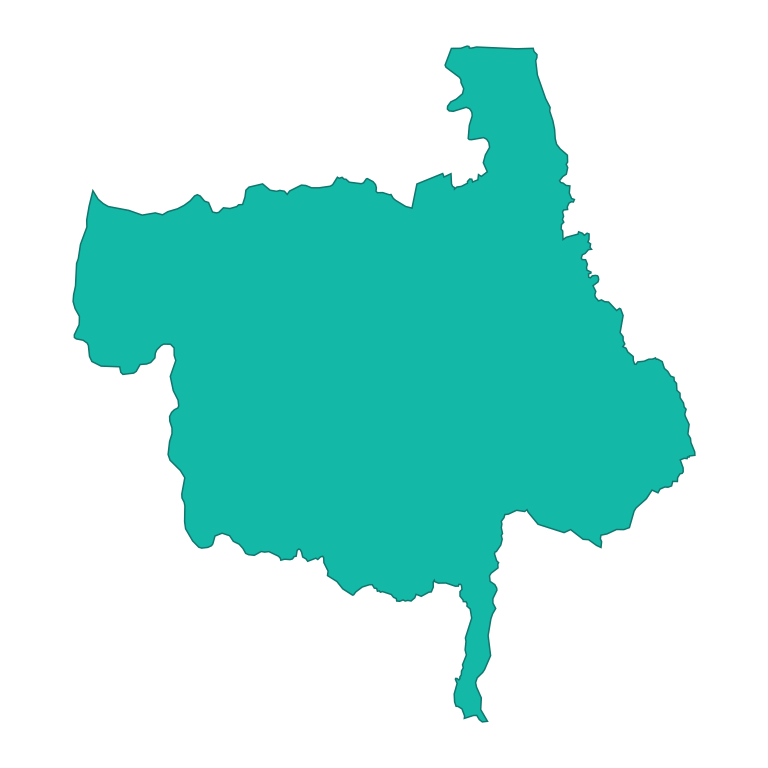 outline of Mueang Chiang Mai, Chiang Mai, Thailand
{"feature_id": "78962969B21056677706601", "entity_name": "Mueang Chiang Mai", "entity_type": "district", "adm_level": 2, "iso_a3": "THA", "parent_name": "Thailand", "parent_adm1": "Chiang Mai", "projection": "robinson", "projection_center": [98.982, 18.787], "detail": "fine", "context": "isolated", "style": "filled", "palette": "teal", "viewbox_px": 768, "rotation_deg": 0, "n_neighbors": 0, "source": "geoboundaries", "source_scale": "gbopen_adm2", "svg_char_len": 6086}
<svg xmlns="http://www.w3.org/2000/svg" viewBox="0 0 768 768"><path d="M487.5,721.3L480.7,709.6L481.3,697.9L476.5,687.1L475.6,682.6L477.2,677.8L482.8,672.3L484.6,669.5L490.6,655.6L488.1,635.6L490.9,618.8L492.6,613.8L495.7,608.5L492.9,603.1L492.9,598.6L496.9,590.3L496.7,588.1L494.8,584.6L490.1,581.4L489.5,575.8L491.1,573.2L498.0,567.9L497.8,564.1L498.6,562.7L496.6,560.7L494.5,553.9L495.1,551.9L496.4,551.5L500.8,545.0L502.2,539.2L501.3,535.5L502.5,533.5L501.3,527.7L501.9,524.1L501.3,521.3L504.0,517.7L504.8,514.6L508.4,514.1L516.6,510.3L524.7,511.5L527.0,509.7L528.2,512.3L538.1,524.3L564.1,532.6L570.6,529.6L583.1,539.3L588.6,539.7L596.5,545.4L601.0,547.5L601.6,541.7L600.4,538.9L600.9,535.2L607.1,533.9L616.5,529.5L623.9,529.6L629.4,527.6L634.1,511.1L636.1,507.9L646.4,498.7L652.0,490.1L658.0,492.8L660.0,489.1L664.8,487.0L668.1,487.2L671.6,485.9L672.7,481.4L677.4,481.5L677.6,477.7L678.8,475.7L679.9,473.9L682.2,473.3L683.2,471.9L683.1,467.8L680.2,459.9L684.1,458.3L687.1,458.6L687.5,457.0L689.1,457.1L689.3,456.0L694.9,455.3L694.7,451.9L690.9,442.5L690.5,438.4L687.9,434.1L689.1,424.4L685.2,416.1L684.8,414.0L686.1,409.2L684.2,407.1L683.5,403.0L680.1,397.7L680.0,393.2L676.9,390.3L676.5,383.4L674.2,380.8L674.0,377.4L670.6,376.1L667.7,371.3L664.4,368.5L662.2,361.6L657.6,359.1L656.3,359.3L655.5,357.9L652.5,359.1L648.7,359.2L644.2,361.2L637.7,361.9L636.0,364.3L634.6,364.1L633.3,360.5L633.2,356.5L627.7,351.9L626.0,348.2L622.8,346.7L624.8,344.0L623.1,340.5L623.1,336.7L620.1,332.6L623.1,315.6L620.7,309.0L619.5,308.4L616.6,310.5L608.6,302.0L604.7,301.7L601.5,299.9L598.5,300.9L595.3,297.1L594.8,294.7L595.8,291.4L593.0,285.7L598.0,281.9L598.7,279.5L598.3,277.1L597.5,275.8L595.5,275.4L592.3,275.8L590.5,277.8L588.7,277.3L588.5,274.0L590.9,273.1L591.0,272.1L586.9,270.1L586.5,267.3L587.4,264.2L585.6,259.7L582.2,259.6L581.3,258.1L582.3,254.8L585.2,253.4L588.5,249.6L591.5,249.3L590.0,247.3L590.6,243.9L587.9,242.0L589.0,239.4L589.1,234.0L587.1,233.2L584.3,235.3L582.5,233.3L578.6,231.8L578.0,234.1L566.2,237.3L563.0,239.6L562.7,231.0L561.1,229.0L561.5,224.5L563.8,222.2L562.4,219.4L563.6,216.3L562.5,212.0L563.6,210.0L567.6,209.5L567.3,206.8L569.0,203.1L571.3,201.8L573.4,202.0L574.4,199.5L571.6,198.5L569.3,193.0L569.9,185.9L566.0,185.4L563.1,183.1L560.7,182.5L559.5,180.7L562.8,176.5L566.3,174.2L567.7,167.6L566.2,164.2L567.6,162.1L567.4,155.2L560.1,148.8L556.6,144.3L555.2,138.6L554.6,129.4L552.9,120.9L549.7,111.1L550.1,107.4L545.6,98.6L537.4,75.1L535.7,60.6L536.9,57.7L537.0,54.6L534.0,51.5L533.2,48.3L516.8,48.8L476.5,47.0L471.5,48.1L469.3,48.0L469.0,46.5L467.1,46.1L460.8,48.3L451.4,48.4L445.1,65.1L446.0,67.3L459.4,77.3L460.9,79.6L461.0,82.6L463.7,88.7L462.5,93.8L456.1,99.3L450.8,101.9L447.6,106.2L447.4,109.1L449.2,110.9L453.3,111.3L466.2,107.3L469.5,108.7L470.8,110.4L471.9,112.5L472.2,115.9L469.3,125.5L468.2,138.5L469.2,139.5L471.5,139.7L483.6,137.6L486.7,139.3L488.8,142.4L489.6,147.4L485.4,154.9L483.3,162.7L487.3,171.8L481.3,176.4L478.5,174.6L477.9,179.8L472.6,182.0L471.8,179.2L469.7,179.0L467.5,181.5L467.5,183.2L461.3,186.4L456.9,187.0L454.5,189.1L454.5,187.6L452.5,186.3L451.5,183.9L451.0,173.7L444.0,177.0L442.7,173.5L416.9,184.0L412.0,208.1L405.7,206.5L395.7,200.4L393.3,198.4L391.0,194.5L389.5,194.8L382.7,192.6L377.3,192.7L376.0,191.2L376.4,187.9L375.5,184.6L373.1,181.7L367.4,178.6L366.3,178.9L363.5,182.9L361.2,183.7L349.3,182.2L345.9,179.2L344.2,179.2L342.1,177.3L339.2,178.3L337.4,177.2L332.7,184.7L330.3,186.2L319.1,187.8L311.6,187.8L305.8,185.5L301.4,185.1L289.6,191.0L287.2,194.4L284.4,191.2L279.8,190.4L276.6,191.3L270.1,190.2L262.6,183.9L249.0,187.1L245.9,190.2L245.0,197.0L242.6,204.5L238.6,204.8L236.7,206.6L230.0,208.5L223.4,207.8L218.7,212.4L216.4,212.9L212.5,212.0L208.5,202.5L204.6,201.2L200.2,196.0L197.3,194.7L194.5,196.0L190.2,200.9L184.1,205.4L177.5,208.8L167.8,211.7L162.6,214.8L155.3,212.9L142.2,215.1L128.8,210.4L108.2,206.5L103.2,203.6L98.1,199.2L92.9,190.7L89.1,206.2L86.7,220.0L86.9,227.0L80.5,244.3L78.3,258.7L76.6,263.3L75.5,286.0L73.6,294.8L73.1,301.5L75.1,308.6L79.4,316.3L79.3,322.1L79.1,324.8L74.3,334.9L74.4,337.5L76.3,338.9L83.0,340.2L87.1,343.0L88.4,345.5L89.5,356.4L91.9,361.5L101.1,366.1L119.7,366.8L120.8,372.3L122.9,374.4L133.7,373.1L136.2,371.4L140.1,364.5L146.6,364.0L150.7,362.5L154.9,357.9L155.3,353.3L156.7,350.0L161.1,345.5L163.7,344.1L170.5,344.2L174.1,347.9L174.2,355.5L175.8,360.5L170.3,376.4L173.3,390.7L178.1,400.2L178.7,406.0L177.8,408.0L174.4,409.7L171.6,412.4L169.6,416.5L169.8,421.1L172.0,428.0L172.0,433.8L169.6,441.4L168.1,454.5L170.1,460.3L180.4,470.5L184.8,477.7L181.8,494.0L182.0,498.0L184.2,502.3L184.9,506.0L184.6,521.6L185.6,528.8L192.7,541.0L198.8,547.2L201.7,548.1L207.8,547.4L211.5,545.7L212.8,543.9L215.0,536.0L222.1,533.2L229.6,535.7L233.4,541.4L239.2,544.2L243.0,548.5L245.7,553.4L248.6,554.7L254.4,555.3L261.2,551.5L264.6,552.1L268.9,551.6L278.5,556.2L280.4,558.3L280.8,560.2L284.6,559.2L290.1,559.6L292.5,558.9L294.1,556.6L296.2,556.2L297.1,550.4L298.8,549.0L300.1,549.5L301.5,552.0L302.7,557.0L306.0,558.9L307.7,561.3L315.8,558.2L317.8,559.5L320.5,556.9L322.7,556.3L323.7,557.8L323.9,562.7L328.1,571.1L327.5,575.6L336.9,581.5L342.8,588.9L352.5,595.1L353.6,594.9L355.7,592.0L362.3,587.0L369.5,584.7L372.3,584.7L374.3,588.1L376.7,588.5L377.4,591.2L379.3,590.9L380.4,592.2L382.5,591.6L391.3,594.5L393.6,597.4L396.3,598.5L396.7,601.0L399.7,601.3L403.1,599.9L405.1,601.0L407.9,600.4L411.1,601.0L414.8,597.8L416.1,594.3L421.3,596.3L428.8,592.2L431.3,591.9L433.3,587.1L433.2,582.1L434.3,580.2L434.8,581.7L438.3,583.1L445.9,583.0L455.3,586.2L458.4,586.1L458.8,584.4L460.6,584.3L461.4,585.3L462.0,589.3L460.0,591.6L460.0,596.2L463.0,599.9L463.3,601.6L466.0,601.7L467.2,603.8L466.9,606.1L470.2,609.0L471.7,618.1L465.4,638.0L466.0,641.5L465.1,649.9L466.4,655.0L462.5,664.8L463.3,667.7L461.5,671.0L461.3,674.8L459.9,676.9L459.9,678.7L458.8,679.9L457.0,678.5L455.7,678.4L455.4,679.2L457.1,683.5L454.2,694.0L454.6,701.9L456.1,706.3L457.9,706.4L462.0,708.9L464.6,716.0L464.3,718.4L473.3,715.5L476.8,715.4L479.3,719.6L482.3,721.9L487.5,721.3Z" fill="#14b8a6" stroke="#0f766e" stroke-width="1.5"/></svg>